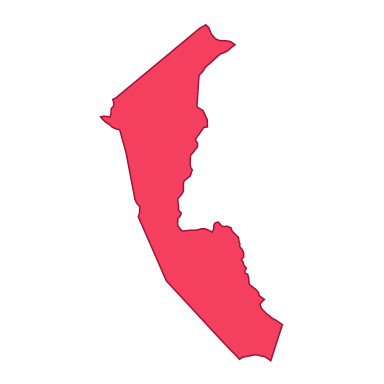 Antônio Gonçalves, Bahia, Brazil, rotated 271°
{"feature_id": "56859067B38466194714379", "entity_name": "Antônio Gonçalves", "entity_type": "district", "adm_level": 2, "iso_a3": "BRA", "parent_name": "Brazil", "parent_adm1": "Bahia", "projection": "mercator", "projection_center": [-40.353, -10.606], "detail": "fine", "context": "isolated", "style": "filled", "palette": "rose", "viewbox_px": 384, "rotation_deg": 271, "n_neighbors": 0, "source": "geoboundaries", "source_scale": "gbopen_adm2", "svg_char_len": 2117}
<svg xmlns="http://www.w3.org/2000/svg" viewBox="0 0 384 384"><g transform="rotate(271 192 192)"><path d="M359.4,202.9L356.1,197.2L353.0,193.5L337.2,175.2L334.4,171.9L332.3,169.6L326.5,162.8L312.7,146.7L310.9,144.6L284.5,113.9L283.2,111.1L280.2,112.2L276.6,112.1L273.8,109.7L269.4,109.7L265.6,108.6L266.3,102.5L265.5,99.3L262.9,101.6L260.5,104.2L258.8,106.9L257.3,109.2L255.3,111.2L253.8,114.8L253.0,118.6L230.4,125.3L189.1,134.0L183.9,135.0L180.1,136.7L176.3,140.1L169.5,139.8L166.3,138.7L120.5,159.8L102.8,167.8L94.9,175.4L63.4,205.6L61.0,207.9L54.6,213.9L45.1,223.1L35.8,232.2L29.4,238.8L25.5,242.4L27.5,245.1L30.3,257.4L30.1,261.0L29.3,263.5L28.6,267.7L26.4,271.2L24.6,273.7L61.0,284.7L62.7,282.0L65.2,278.4L66.6,275.3L68.2,273.2L69.9,271.1L71.6,268.6L73.8,266.4L75.6,264.5L78.1,262.8L81.1,262.0L84.1,264.5L85.8,266.3L87.7,263.5L89.7,260.9L92.7,260.3L96.0,257.2L98.4,253.8L100.5,251.0L103.4,250.5L106.8,250.2L110.7,249.1L111.6,246.4L114.1,246.3L116.8,247.8L119.3,245.3L123.1,244.2L125.3,242.5L128.0,244.9L130.7,244.8L133.3,244.3L135.9,242.7L138.4,240.6L141.0,240.8L143.4,239.9L147.3,239.2L151.0,235.5L153.5,232.9L157.0,231.5L158.4,227.8L158.1,225.3L158.3,222.5L162.4,218.9L161.6,215.8L159.1,214.5L156.3,214.4L152.2,213.2L153.9,209.6L155.5,205.7L155.5,202.1L154.3,198.6L153.8,195.1L153.8,190.7L153.1,186.5L152.8,182.9L155.3,180.5L157.8,178.5L160.8,178.2L165.3,178.4L167.7,180.5L170.5,181.7L173.6,178.9L177.5,178.8L181.6,178.2L184.7,177.8L186.7,179.2L189.1,181.4L192.5,183.4L195.5,183.4L199.7,183.2L203.0,183.9L205.3,186.8L208.1,190.0L211.0,190.9L214.2,191.9L216.6,190.2L220.0,189.7L228.6,189.9L231.6,192.4L237.3,196.7L241.0,196.7L243.9,194.5L247.0,195.8L249.4,197.8L252.1,199.5L254.3,201.0L256.8,202.7L257.3,206.3L264.5,206.0L273.5,201.7L277.3,195.4L308.9,197.0L310.8,198.9L313.2,201.0L315.8,202.4L318.4,204.6L320.5,207.2L322.4,209.3L324.6,211.5L326.5,213.6L328.7,215.8L330.5,218.0L331.9,221.7L334.0,225.5L336.9,228.5L340.0,232.5L343.1,227.8L343.6,225.0L343.9,220.9L343.9,216.9L345.5,212.9L347.8,210.7L350.2,208.5L353.4,207.3L356.5,206.0L359.4,202.9Z" fill="#f43f5e" stroke="#9f1239" stroke-width="1.5"/></g></svg>